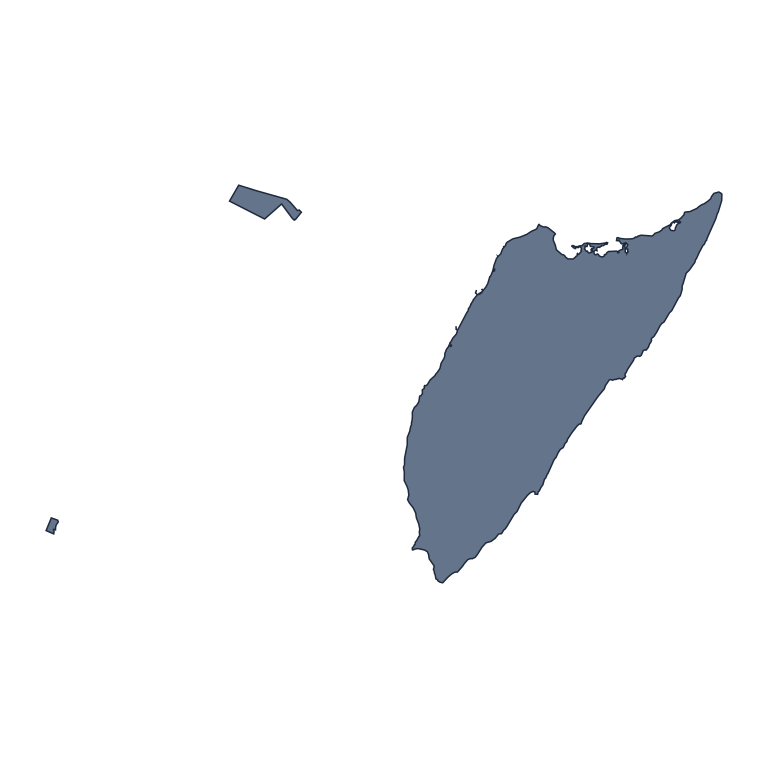 Cozumel, Quintana Roo, Mexico (Robinson projection)
{"feature_id": "50627088B79233583938817", "entity_name": "Cozumel", "entity_type": "district", "adm_level": 2, "iso_a3": "MEX", "parent_name": "Mexico", "parent_adm1": "Quintana Roo", "projection": "robinson", "projection_center": [-86.9, 20.435], "detail": "fine", "context": "isolated", "style": "filled", "palette": "slate", "viewbox_px": 768, "rotation_deg": 0, "n_neighbors": 0, "source": "geoboundaries", "source_scale": "gbopen_adm2", "svg_char_len": 6111}
<svg xmlns="http://www.w3.org/2000/svg" viewBox="0 0 768 768"><path d="M706.8,238.9L715.8,218.7L717.3,213.7L718.1,212.4L721.7,200.6L721.9,194.2L720.8,193.1L718.8,192.0L713.9,193.4L711.6,196.4L710.7,198.7L708.4,200.8L704.0,203.9L702.1,204.5L699.0,206.5L696.9,208.4L689.9,211.6L685.4,212.0L684.5,212.5L684.0,214.7L681.0,218.0L679.4,219.3L676.0,221.1L676.2,222.0L677.5,222.2L678.2,221.9L678.7,222.3L679.6,221.2L680.6,222.1L679.6,223.2L678.7,223.0L676.5,225.2L676.3,226.4L675.5,227.5L675.1,229.9L674.6,230.4L673.8,230.8L670.8,230.3L669.4,228.1L669.5,227.3L671.1,225.5L671.9,223.1L673.7,222.1L674.4,222.8L675.9,220.4L674.6,220.7L671.0,223.4L670.9,224.2L670.1,224.8L662.6,228.6L661.9,230.0L659.3,231.8L654.8,233.4L654.0,234.5L652.2,236.0L641.2,235.2L638.2,236.0L636.7,237.2L635.4,237.0L634.5,237.9L633.0,238.6L630.8,238.9L625.5,239.0L620.6,238.5L617.8,237.6L616.9,237.9L616.5,240.6L618.4,240.8L619.1,239.4L619.1,240.5L621.4,243.8L623.1,243.7L625.9,242.7L627.8,244.7L627.0,246.2L626.3,248.5L626.4,248.9L627.8,249.3L627.6,251.0L628.2,251.8L627.1,252.7L626.8,253.6L626.6,253.0L625.3,252.2L624.9,245.5L625.7,244.1L624.9,243.9L622.9,245.5L623.3,246.5L622.8,246.8L622.7,247.6L623.0,249.0L619.1,250.7L618.4,251.4L618.9,252.5L617.6,252.7L617.4,251.5L616.8,251.1L608.4,251.5L606.6,253.0L605.9,254.5L604.5,254.6L604.1,256.2L602.3,257.0L600.4,256.5L599.3,255.9L598.0,254.1L597.3,254.0L596.1,254.7L594.9,254.6L594.1,253.4L593.8,251.6L595.3,250.1L597.0,250.7L596.6,248.1L598.0,247.1L599.7,247.4L600.4,246.6L601.3,246.3L601.6,245.6L603.6,245.6L604.6,244.5L607.1,244.2L607.6,242.7L606.2,242.4L605.8,242.9L599.8,243.8L591.1,243.6L587.6,243.0L587.7,243.4L589.7,244.2L590.4,246.4L594.0,247.0L593.9,248.0L592.4,248.8L591.6,248.7L591.1,249.5L591.2,250.7L592.3,250.4L592.5,251.0L592.0,252.2L588.8,253.0L587.1,251.0L586.5,251.3L585.9,250.9L584.6,248.9L585.1,247.2L584.9,246.2L585.2,245.9L585.8,246.4L587.0,246.5L587.6,244.6L587.2,243.2L584.2,243.5L582.1,245.6L579.6,245.9L581.2,248.0L581.5,248.7L581.0,250.5L581.5,251.1L578.9,254.2L578.1,254.3L577.6,253.5L577.1,254.0L577.4,255.1L576.9,255.9L575.9,256.4L575.5,257.1L573.0,259.0L567.9,258.9L565.6,257.1L564.6,255.6L563.4,254.8L561.9,254.5L556.4,249.8L555.3,245.1L553.4,240.6L553.2,239.2L553.7,236.0L555.4,234.0L554.4,232.8L548.1,227.8L545.6,226.8L543.7,227.1L540.2,225.6L539.1,224.4L538.7,224.5L536.7,228.8L535.1,229.7L531.4,231.3L526.9,234.3L520.3,237.0L512.7,238.9L506.9,242.4L505.8,244.1L505.5,245.6L503.9,247.1L503.9,246.9L503.7,246.8L503.7,247.7L502.6,248.9L500.7,253.9L497.9,256.6L497.7,256.4L497.8,256.8L496.4,258.7L494.1,265.1L492.8,270.7L493.7,270.3L494.2,268.9L494.7,269.1L494.5,270.7L493.5,271.4L492.6,271.2L491.1,275.0L490.2,276.6L489.8,276.7L487.8,283.5L485.9,287.0L483.1,290.5L482.1,289.4L481.9,289.6L483.0,290.5L482.4,291.2L482.5,291.4L481.2,292.9L481.0,292.4L480.7,292.6L481.1,292.9L480.4,293.1L480.7,293.2L480.2,293.7L479.4,293.7L479.6,294.1L478.7,294.4L477.5,294.7L475.7,292.9L476.5,290.0L475.5,292.9L477.4,294.8L473.2,299.9L473.3,300.3L470.7,304.4L470.9,304.6L469.9,306.7L468.4,308.8L468.2,310.6L466.7,312.8L458.0,329.4L457.3,329.8L456.3,329.3L456.0,326.2L456.1,329.4L457.1,329.9L457.4,331.0L456.3,334.2L452.9,338.0L450.4,342.7L450.0,342.7L449.7,343.4L450.2,344.9L451.4,345.1L451.5,345.9L450.5,346.3L449.9,345.2L448.9,345.2L448.6,346.9L447.8,347.4L446.4,349.5L444.9,353.4L444.8,355.9L444.2,358.1L441.1,363.3L440.0,368.3L437.4,372.3L435.5,374.4L435.2,375.4L430.2,379.9L427.2,384.8L425.4,385.8L424.6,385.6L424.2,386.6L424.3,388.4L422.3,389.9L422.4,393.7L420.9,395.7L419.7,396.1L418.8,401.8L416.7,405.3L414.4,407.4L412.3,412.1L412.4,416.2L412.1,420.2L411.4,423.2L411.6,424.3L410.5,427.1L409.8,431.0L407.3,437.4L407.2,445.0L404.6,458.2L404.5,465.0L403.5,467.3L404.3,472.0L404.2,480.6L406.9,486.1L408.2,489.8L408.8,495.2L407.6,499.7L409.4,503.0L413.2,507.8L415.7,513.1L416.4,517.9L418.7,523.8L419.8,529.2L419.3,531.7L419.7,535.9L418.9,536.4L416.8,540.3L415.2,542.4L415.1,544.3L414.1,545.1L413.7,546.6L412.4,547.6L412.3,549.2L412.5,549.9L413.0,549.9L415.6,548.9L418.2,548.6L424.4,550.0L427.3,551.6L428.5,554.3L429.2,558.9L434.0,565.7L434.1,567.1L433.4,569.4L434.3,571.5L434.4,573.1L435.4,575.5L435.6,577.6L436.2,579.2L437.3,579.6L438.2,581.1L440.0,582.2L442.7,582.8L448.0,577.1L451.7,573.9L454.8,572.2L457.5,572.0L462.6,566.2L464.4,563.5L467.7,559.7L470.8,558.5L472.1,558.8L475.1,557.4L477.0,555.1L482.1,547.1L485.9,542.9L491.2,541.3L495.2,538.3L498.3,534.4L499.3,533.8L501.2,533.8L501.8,533.3L503.7,530.1L505.3,528.8L507.0,526.3L514.2,514.3L517.0,511.6L521.2,503.1L527.4,495.4L530.3,492.7L533.0,491.4L534.9,492.1L535.1,494.2L537.6,494.3L538.2,491.8L539.3,490.9L541.0,487.4L542.9,484.7L544.4,479.4L545.8,477.8L547.3,474.1L547.9,473.6L553.9,460.1L555.1,458.3L555.9,457.7L558.2,452.6L560.4,449.3L563.2,447.6L565.1,443.3L566.8,441.7L567.6,439.2L571.8,432.8L576.8,426.3L579.2,424.0L580.5,424.1L581.2,423.6L581.7,421.6L584.5,415.8L598.2,396.2L604.3,388.9L605.4,385.6L609.3,379.9L610.2,379.5L612.7,380.2L614.9,379.3L615.9,379.5L617.3,378.8L618.2,378.9L619.0,378.3L620.9,379.0L621.6,378.9L622.5,379.6L623.3,378.1L624.3,378.1L625.6,376.4L625.0,375.1L625.2,373.5L626.0,372.8L627.7,369.2L633.5,360.4L634.3,358.1L637.0,356.2L638.6,356.0L639.8,356.4L641.3,355.3L643.2,350.7L644.3,350.0L646.2,350.1L648.4,347.2L649.6,343.8L650.7,342.5L651.6,340.1L651.2,339.3L651.6,338.3L653.9,336.5L656.8,332.0L660.2,325.5L661.7,323.6L664.1,321.9L669.4,312.9L671.7,310.7L678.5,297.9L680.3,295.7L682.1,289.7L682.2,285.5L682.9,284.3L686.2,273.2L689.4,270.0L694.9,262.3L695.4,259.9L696.4,258.7L699.3,252.3L703.0,245.4L704.2,244.4L705.6,241.3L706.7,240.1L706.8,238.9ZM301.4,212.2L299.1,210.0L297.5,210.6L290.3,202.3L286.8,199.3L255.0,190.3L238.7,185.2L229.5,201.1L264.6,219.0L281.6,204.0L292.4,218.5L294.2,220.1L294.7,219.5L295.4,219.6L301.4,212.2ZM53.7,533.9L54.1,531.7L53.4,529.8L53.8,529.3L55.5,529.9L55.6,527.5L56.1,525.2L58.3,521.9L57.7,520.2L51.3,517.9L46.1,530.6L53.7,533.9ZM573.1,245.6L572.1,245.6L571.9,246.4L572.6,246.7L573.5,247.9L575.0,248.1L575.1,248.6L575.5,248.6L575.6,247.5L578.6,247.5L579.2,246.8L579.1,246.5L575.5,246.7L573.1,245.6Z" fill="#64748b" stroke="#1e293b" stroke-width="1.5"/></svg>